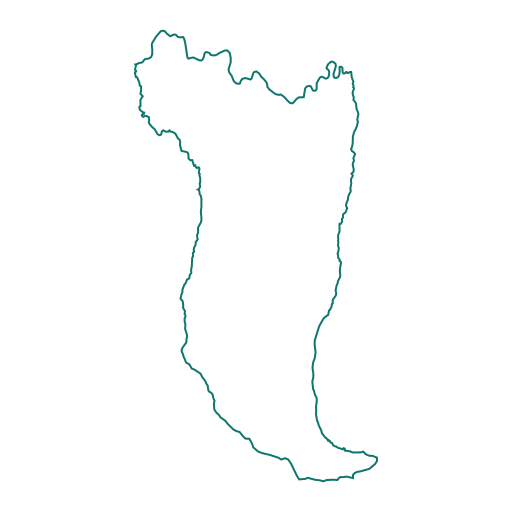 outline of Butha-Buthe (Butha-Buthe District), Butha-Buthe, Lesotho
{"feature_id": "5366337B51987065811788", "entity_name": "Butha-Buthe (Butha-Buthe District)", "entity_type": "district", "adm_level": 2, "iso_a3": "LSO", "parent_name": "Lesotho", "parent_adm1": "Butha-Buthe", "projection": "equal_earth", "projection_center": [28.266, -28.757], "detail": "fine", "context": "isolated", "style": "outline", "palette": "teal", "viewbox_px": 512, "rotation_deg": 0, "n_neighbors": 0, "source": "geoboundaries", "source_scale": "gbopen_adm2", "svg_char_len": 5953}
<svg xmlns="http://www.w3.org/2000/svg" viewBox="0 0 512 512"><path d="M377.0,461.0L376.9,457.6L372.7,455.9L369.1,455.7L365.7,454.2L363.2,451.6L360.9,452.4L352.7,452.5L349.7,451.2L345.0,450.6L344.7,448.6L343.6,448.2L342.9,449.3L337.8,447.7L336.1,446.5L335.2,446.4L333.4,445.5L331.9,442.8L330.5,442.5L330.0,441.2L328.7,440.1L328.2,440.7L326.5,438.3L325.0,437.3L322.0,433.2L321.1,430.1L318.7,425.3L318.0,422.4L317.1,420.8L316.0,414.3L316.2,410.1L316.0,406.4L316.7,402.1L316.7,398.0L314.8,394.3L314.1,391.1L313.1,389.0L312.3,381.4L313.2,377.9L313.4,375.1L313.2,372.5L312.6,368.8L312.6,366.3L313.3,361.9L314.7,358.4L315.6,352.3L314.6,344.6L314.8,340.3L319.1,326.4L323.3,318.9L324.7,317.3L328.2,314.9L329.0,310.6L330.1,309.7L331.4,307.0L332.0,304.0L332.8,303.4L332.6,300.9L333.3,299.0L335.3,296.3L336.2,294.5L336.1,292.6L335.6,290.5L336.0,288.3L336.6,285.5L337.6,283.4L337.9,281.2L340.0,277.3L340.3,275.9L339.8,269.9L341.0,262.6L340.6,261.5L339.6,261.0L339.6,259.5L338.3,258.0L337.6,253.1L338.3,251.7L338.8,248.1L338.2,246.3L338.0,244.3L338.5,242.0L338.0,240.8L338.3,239.3L338.0,236.9L338.3,234.5L339.2,232.5L339.6,230.5L339.4,225.8L339.6,223.8L340.7,223.9L342.2,221.6L341.9,219.1L343.0,217.5L342.9,215.9L343.2,214.2L345.6,212.3L347.2,208.1L346.4,206.8L346.0,205.1L346.6,202.8L348.0,199.5L348.1,197.1L349.1,194.2L350.5,191.9L350.8,190.6L350.3,188.9L351.3,183.2L351.0,181.2L351.1,178.7L352.4,176.8L352.8,175.5L351.5,173.7L353.4,171.9L353.8,169.6L352.8,165.6L352.8,163.4L354.0,160.7L353.4,158.1L355.1,154.0L353.9,152.4L351.9,151.0L351.1,149.1L352.2,146.2L352.7,143.3L352.9,136.5L354.1,132.0L355.5,129.5L357.1,125.5L357.9,121.6L357.2,119.5L358.4,114.4L357.8,111.7L356.6,109.2L356.0,103.6L355.1,101.9L353.4,99.9L353.8,97.3L352.8,94.7L352.6,92.5L354.1,88.1L353.2,87.3L353.5,85.6L352.7,83.5L353.4,81.6L352.2,78.7L351.5,76.0L351.4,73.0L351.0,71.9L349.7,72.1L348.6,72.9L347.3,73.0L346.6,72.0L346.3,72.0L344.3,73.5L343.5,73.5L342.8,72.8L342.6,72.0L342.4,67.9L341.4,66.9L340.5,66.7L339.7,67.0L339.5,67.7L339.7,71.6L339.1,75.3L337.8,77.3L336.7,77.8L334.9,77.8L334.0,77.3L333.4,74.4L335.6,67.1L335.8,65.9L335.6,64.0L335.1,63.3L332.7,61.6L330.8,61.8L327.9,64.5L326.5,67.9L326.8,68.6L328.5,70.1L329.2,71.9L329.1,74.6L328.8,76.0L328.1,77.4L327.2,78.2L326.3,78.5L325.3,78.5L322.3,76.8L321.4,76.8L319.8,77.7L317.0,82.6L316.7,83.6L316.6,89.1L315.5,90.6L313.6,90.8L312.9,90.4L310.8,86.4L309.6,85.9L307.0,86.4L305.6,87.8L305.1,88.8L303.7,97.2L298.8,97.4L296.6,98.9L293.4,102.7L292.3,103.3L291.1,103.2L289.8,102.8L286.7,99.8L285.7,98.5L283.0,96.0L280.7,94.5L278.6,94.9L275.5,94.1L269.6,89.7L267.4,86.9L267.0,83.5L266.2,82.1L263.6,78.9L260.9,76.4L259.4,73.7L256.3,71.4L253.9,72.2L253.1,73.7L251.6,78.5L250.5,79.5L245.3,78.0L242.1,79.0L240.7,81.1L240.0,83.3L239.6,83.7L237.1,83.7L235.3,82.7L233.7,80.9L231.4,75.3L230.0,73.7L229.0,71.8L228.6,69.9L228.7,68.9L230.7,62.2L230.7,57.8L229.7,52.9L227.4,50.5L225.4,50.4L224.1,50.8L218.8,53.3L217.5,54.4L215.2,55.3L212.9,55.4L210.5,54.7L209.6,53.0L206.5,52.1L205.7,52.3L205.1,52.6L204.5,53.7L204.0,56.3L203.0,58.8L201.9,60.2L201.0,60.5L199.3,60.3L193.5,57.5L190.4,58.0L188.8,58.6L188.1,58.4L187.4,57.4L185.3,43.5L184.1,38.6L183.0,37.0L180.3,37.4L178.6,37.1L177.6,36.7L176.0,34.9L174.7,34.5L172.9,34.8L170.7,36.2L170.1,36.1L166.9,33.7L165.1,31.5L163.5,30.7L161.2,31.0L160.3,31.7L155.8,37.0L152.0,43.4L151.8,45.3L152.3,49.4L152.2,54.1L151.7,55.8L150.9,57.2L149.1,58.4L145.1,59.1L143.6,60.6L142.7,62.0L141.7,62.6L139.4,62.9L136.2,64.4L135.4,64.5L136.0,65.4L135.0,69.4L136.2,71.1L135.8,71.9L135.1,72.1L135.0,73.7L136.0,77.1L136.7,77.0L137.7,78.3L138.0,79.5L138.7,80.9L139.6,84.0L139.7,85.5L141.1,86.4L141.1,90.2L140.5,93.9L142.7,96.2L140.6,99.5L140.4,100.6L140.5,106.1L139.7,106.4L139.3,107.2L139.8,109.8L142.8,112.2L144.2,112.6L143.8,114.1L142.8,114.2L141.8,115.1L142.1,116.0L143.2,116.9L144.4,116.2L146.6,116.0L148.9,117.2L149.1,120.5L148.8,122.3L149.2,123.5L151.6,126.5L154.8,129.4L157.4,134.0L159.2,135.2L160.6,134.9L161.4,133.8L161.7,131.7L163.2,130.3L165.4,131.6L168.1,131.7L169.6,130.4L170.3,131.5L172.4,131.9L175.4,133.6L177.8,138.2L179.6,139.7L180.2,142.0L180.0,145.2L181.5,150.9L186.7,152.0L188.1,153.2L188.4,154.9L188.5,158.4L190.3,160.2L192.2,160.1L194.0,165.7L195.2,165.2L195.8,167.1L197.0,168.1L198.0,167.3L198.7,167.3L199.4,168.2L198.8,173.1L199.8,174.0L199.4,175.2L200.2,178.0L200.2,182.7L199.6,183.5L200.2,186.6L198.9,189.0L197.9,189.6L199.2,190.2L199.7,194.1L201.0,196.3L201.4,198.8L201.4,207.3L200.8,211.6L201.3,216.1L201.4,220.4L200.8,222.6L198.4,226.9L197.9,228.6L198.1,229.7L198.1,232.8L197.0,235.3L197.6,239.3L196.8,240.8L195.8,241.6L195.6,244.8L194.1,247.5L193.7,250.0L194.1,251.8L193.2,252.5L192.8,253.3L193.1,254.6L193.0,256.4L192.2,257.8L191.8,266.3L191.1,269.8L191.3,272.9L189.8,274.8L189.3,278.2L188.1,279.2L187.0,279.5L185.7,283.1L184.2,285.0L182.5,289.4L182.3,292.5L181.4,294.7L180.5,298.7L181.0,299.5L181.9,300.1L182.7,301.4L183.3,305.8L182.9,307.4L185.0,311.3L184.6,314.1L185.4,315.3L185.3,317.2L184.6,318.5L184.6,319.8L184.7,321.8L185.4,324.0L185.1,328.9L186.8,334.1L187.1,336.6L186.5,338.5L186.4,341.9L186.0,342.9L182.7,347.4L181.7,349.7L181.7,351.6L183.2,354.7L183.4,356.4L184.6,358.7L185.8,361.9L186.4,362.8L189.3,364.3L191.8,368.6L194.2,369.5L200.4,373.5L202.4,377.3L205.3,381.0L206.2,383.5L207.7,385.6L208.4,390.5L209.2,391.7L210.5,392.3L211.9,393.5L212.7,394.7L213.2,397.8L214.5,400.6L214.4,401.8L213.9,403.2L214.2,408.2L214.6,410.1L216.5,412.7L219.2,415.2L220.3,417.2L225.4,420.9L227.8,424.0L233.4,429.5L236.6,431.2L239.6,432.0L243.1,436.4L245.5,438.6L249.3,438.8L252.3,444.1L253.2,447.3L258.4,451.7L262.1,453.1L270.2,455.0L278.3,457.7L281.3,459.5L285.0,458.2L288.2,459.5L291.0,463.6L296.8,475.6L299.1,479.4L305.3,478.9L307.7,477.8L315.2,479.8L319.7,480.3L323.5,481.3L326.3,480.1L332.9,479.7L337.4,480.0L338.8,478.2L340.4,477.0L342.7,477.2L346.5,476.6L353.0,478.1L353.0,475.0L354.5,473.2L357.0,471.9L360.3,471.4L369.3,468.9L375.1,464.0L377.0,461.0Z" fill="none" stroke="#0f766e" stroke-width="2"/></svg>